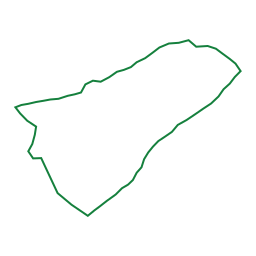 outline of Mesquita, Rio de Janeiro, Brazil
{"feature_id": "56859067B83991596401746", "entity_name": "Mesquita", "entity_type": "district", "adm_level": 2, "iso_a3": "BRA", "parent_name": "Brazil", "parent_adm1": "Rio de Janeiro", "projection": "orthographic", "projection_center": [-43.451, -22.803], "detail": "fine", "context": "isolated", "style": "outline", "palette": "green", "viewbox_px": 256, "rotation_deg": 0, "n_neighbors": 0, "source": "geoboundaries", "source_scale": "gbopen_adm2", "svg_char_len": 886}
<svg xmlns="http://www.w3.org/2000/svg" viewBox="0 0 256 256"><path d="M207.7,46.0L196.2,46.7L188.6,40.2L178.8,42.8L168.9,43.5L159.4,47.5L152.6,52.7L145.1,58.2L136.7,62.2L130.9,67.1L123.8,69.9L116.9,71.8L109.2,77.2L100.7,81.7L92.9,80.7L85.4,84.4L81.0,92.5L74.8,94.3L67.8,95.8L58.5,98.8L50.3,99.5L43.9,100.7L36.1,102.0L28.3,103.8L21.4,105.0L15.4,107.3L20.1,113.4L27.3,120.8L36.1,126.6L34.8,134.8L32.3,144.0L28.3,151.3L33.1,158.4L41.2,158.1L44.6,165.4L57.6,193.1L71.5,204.7L87.8,215.8L94.5,210.3L99.9,206.3L106.8,200.9L115.7,194.5L122.0,188.2L128.1,184.6L132.9,180.0L136.7,172.7L141.5,167.3L144.1,159.2L148.2,152.5L153.0,146.6L158.4,141.0L164.3,137.1L171.9,131.9L177.8,124.9L186.6,120.0L196.4,113.4L203.2,108.7L211.1,103.5L218.5,96.5L223.6,89.2L229.8,83.6L234.8,77.0L240.6,71.1L235.5,63.6L229.7,58.9L222.6,53.7L215.9,48.7L207.7,46.0Z" fill="none" stroke="#15803d" stroke-width="2"/></svg>